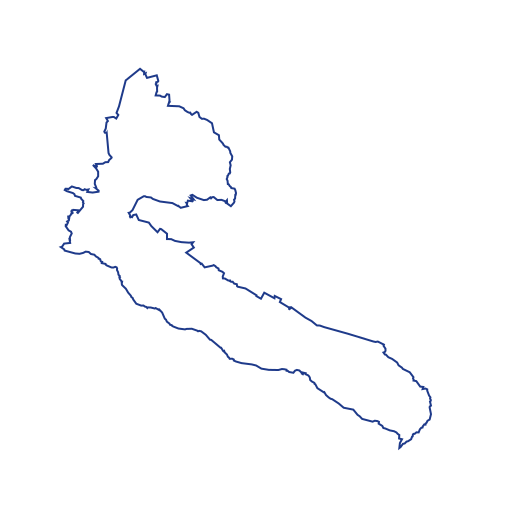 Tuxcueca, Jalisco, Mexico, rotated 190°
{"feature_id": "50627088B64189905632307", "entity_name": "Tuxcueca", "entity_type": "district", "adm_level": 2, "iso_a3": "MEX", "parent_name": "Mexico", "parent_adm1": "Jalisco", "projection": "mercator", "projection_center": [-103.23, 20.139], "detail": "fine", "context": "isolated", "style": "outline", "palette": "blue", "viewbox_px": 512, "rotation_deg": 190, "n_neighbors": 0, "source": "geoboundaries", "source_scale": "gbopen_adm2", "svg_char_len": 6100}
<svg xmlns="http://www.w3.org/2000/svg" viewBox="0 0 512 512"><g transform="rotate(190 256 256)"><path d="M402.7,420.2L414.8,406.3L416.9,379.6L418.2,372.7L416.1,371.0L417.5,367.1L420.1,368.2L421.2,368.1L427.5,365.8L425.3,363.2L426.4,361.5L426.1,355.4L427.0,352.2L426.3,351.2L424.5,351.3L424.4,350.5L424.3,350.9L419.1,331.8L417.9,330.1L415.3,328.1L415.4,327.4L417.3,325.0L417.9,322.8L420.7,322.2L422.8,320.3L429.6,318.8L428.2,316.8L428.5,316.0L432.4,317.3L428.6,314.4L426.1,311.6L425.3,307.1L426.6,304.0L427.7,302.8L427.3,299.0L425.2,295.7L424.9,294.8L425.4,294.8L422.3,293.0L422.2,292.0L427.9,290.1L433.3,289.8L432.6,292.4L434.4,291.7L436.4,292.0L437.2,290.9L438.7,290.7L442.4,292.1L444.8,291.8L449.4,292.5L452.5,289.2L454.5,289.6L454.5,290.0L454.7,289.2L455.3,289.1L455.8,287.8L453.5,287.0L447.3,286.2L445.6,285.4L444.7,283.8L438.7,283.1L438.1,282.0L435.6,280.1L435.8,278.9L434.9,277.9L435.3,277.1L434.9,274.5L438.9,267.5L439.5,267.8L438.4,270.2L443.9,269.7L444.0,269.3L445.1,269.1L445.6,268.1L443.5,266.0L445.1,266.5L445.5,264.5L446.5,262.7L447.8,262.3L447.3,260.5L446.5,260.7L446.5,258.4L448.0,257.2L447.0,256.2L447.9,253.3L448.7,253.5L448.6,252.3L445.0,248.7L442.4,247.8L441.4,246.2L442.6,242.1L442.0,239.8L442.5,239.9L441.3,236.6L447.1,234.9L448.6,231.5L449.7,230.9L446.0,229.2L445.4,228.1L434.4,227.1L430.2,227.5L426.8,229.0L424.5,230.7L421.4,230.9L418.9,229.3L415.4,229.2L413.6,227.8L410.8,226.8L410.5,226.0L408.9,225.8L408.2,224.2L407.4,223.5L406.5,223.5L406.6,222.2L402.8,222.1L402.5,221.4L401.4,220.8L396.3,219.6L394.4,219.9L392.7,220.9L391.3,220.6L390.6,219.6L390.5,218.1L389.0,216.1L388.2,213.7L386.7,212.6L386.9,211.7L386.4,211.4L386.7,211.0L386.1,209.6L384.4,208.2L384.0,207.3L383.4,207.4L383.4,205.3L382.8,204.1L378.5,201.2L375.5,197.7L372.4,195.2L371.6,193.9L370.2,193.3L369.4,191.9L365.6,188.2L360.4,187.2L358.2,187.7L356.7,186.9L355.2,186.8L354.0,185.9L353.6,186.6L350.7,187.0L346.5,186.7L345.8,187.3L342.4,186.1L342.6,186.6L342.2,186.7L338.6,184.0L334.9,178.4L333.6,177.7L332.4,175.9L329.5,174.4L328.6,173.3L327.0,173.3L326.3,172.5L324.3,172.0L319.8,171.1L313.1,171.4L311.9,172.1L306.6,173.2L301.0,172.3L300.0,171.8L299.0,172.4L296.9,172.3L291.8,169.7L286.8,165.6L285.5,165.6L275.0,159.5L274.4,159.6L271.8,156.7L271.2,156.4L270.8,156.9L270.0,155.6L267.5,153.9L266.2,151.9L265.0,151.3L264.1,150.2L261.5,150.7L259.9,150.2L259.7,149.2L257.4,148.6L251.6,148.0L241.4,148.5L236.9,148.2L231.1,146.0L223.6,146.1L214.2,147.6L210.8,149.2L208.3,149.4L206.2,149.3L206.0,148.3L204.6,148.3L203.2,147.5L198.9,147.5L197.7,149.8L196.0,150.9L193.4,150.8L191.6,149.5L190.3,149.4L190.5,148.2L189.3,147.7L188.8,149.3L186.7,149.2L186.7,148.2L184.1,147.6L182.8,146.7L181.9,145.6L181.1,143.3L179.2,142.1L176.5,141.2L176.1,140.2L175.3,140.0L172.6,136.5L165.5,133.5L165.1,133.8L162.9,131.2L159.8,129.3L157.8,128.4L156.0,128.2L148.9,125.1L143.3,121.8L133.5,121.6L128.4,117.2L126.1,116.2L123.2,114.0L112.4,113.1L110.4,114.4L107.7,114.5L106.1,114.0L106.1,112.2L102.1,110.6L100.7,108.7L98.8,108.6L94.0,107.5L89.6,107.4L87.0,106.6L85.7,105.5L83.8,104.6L83.4,101.1L80.4,100.9L81.8,96.8L81.5,91.8L80.4,93.0L78.7,96.5L77.0,97.2L75.5,99.4L74.2,99.9L71.4,102.5L71.0,105.0L70.4,105.5L70.5,107.4L70.0,108.2L68.9,108.4L67.4,110.2L65.2,110.5L64.5,113.8L63.4,115.5L62.2,116.0L62.2,117.1L61.0,119.4L59.8,119.4L59.8,120.6L59.1,121.3L58.5,123.5L56.6,125.1L56.2,130.6L58.7,137.0L58.7,138.0L57.7,139.0L59.4,142.9L58.8,143.7L58.8,144.5L59.8,145.7L59.7,147.1L61.3,148.6L64.0,153.1L64.2,154.4L66.1,154.9L68.8,153.9L68.5,156.1L71.6,155.9L76.4,160.6L79.2,160.7L79.1,161.3L80.1,162.7L79.9,164.0L84.4,168.2L91.8,170.3L92.9,171.4L96.6,173.1L98.5,175.6L104.1,178.3L108.1,179.3L110.9,181.4L112.0,181.4L113.7,183.1L112.5,183.8L112.0,185.1L112.4,187.2L114.8,189.7L114.6,190.9L121.2,192.9L123.3,192.1L125.7,192.2L152.0,195.4L176.5,197.8L181.1,198.6L184.0,198.2L190.0,201.6L196.6,203.9L211.9,211.4L214.5,208.9L213.6,211.4L214.9,211.1L224.5,214.8L223.8,217.9L230.6,219.9L230.5,217.6L241.5,221.3L243.7,214.8L248.7,216.6L248.7,217.4L260.7,222.2L268.7,222.6L269.4,223.0L270.0,224.9L272.7,225.0L274.5,226.6L276.0,226.3L277.2,226.7L277.3,227.3L279.0,227.0L282.7,228.4L284.7,228.2L285.2,230.1L284.5,233.5L286.3,234.6L290.2,235.5L290.8,237.2L293.2,238.0L294.1,238.9L296.1,239.7L297.0,239.0L304.6,235.9L308.2,239.1L309.1,238.5L309.8,239.5L325.3,247.2L318.7,253.5L321.5,256.4L320.3,258.6L324.3,257.5L331.8,256.7L338.4,256.8L342.5,257.9L346.6,257.2L347.5,262.5L354.0,266.0L355.2,266.1L357.1,262.3L364.3,267.3L367.3,270.3L377.7,271.1L381.2,276.1L384.0,275.0L384.8,272.7L385.8,272.9L386.5,272.3L387.0,272.9L386.8,273.9L388.8,276.4L387.9,276.7L385.6,279.7L382.3,290.8L377.0,295.3L375.7,295.6L374.2,295.1L369.6,295.4L367.5,294.3L360.1,293.0L347.5,293.6L341.4,291.6L341.2,291.9L338.5,290.4L331.9,293.3L333.0,294.2L332.9,295.2L333.7,296.1L333.0,296.1L332.7,298.7L328.1,298.8L327.9,299.2L330.6,301.5L327.3,301.0L330.8,304.3L329.3,305.2L324.3,303.1L317.1,302.0L314.0,302.9L311.2,305.8L310.3,305.0L309.4,306.3L307.9,306.7L303.8,304.4L299.7,305.3L296.0,304.6L295.4,303.7L294.3,305.8L293.7,303.4L294.0,302.9L289.4,300.7L286.9,304.8L286.7,306.1L287.4,307.6L286.6,308.9L287.0,312.7L286.6,312.8L286.6,314.5L287.8,317.2L288.8,318.6L292.1,318.6L292.9,319.8L293.9,320.2L295.4,321.9L296.2,321.9L297.1,325.2L298.2,326.7L297.8,328.7L298.1,329.7L297.6,330.2L297.1,332.4L296.2,332.7L295.9,333.8L296.9,337.2L296.7,340.9L298.0,343.8L296.4,346.7L296.7,350.0L299.2,353.1L299.6,354.6L302.0,358.0L302.8,357.8L303.7,358.5L305.1,358.3L307.4,359.9L308.1,361.0L312.4,364.3L313.5,368.5L318.9,370.5L322.4,379.1L327.8,381.5L331.1,382.2L333.1,381.7L335.8,383.1L337.7,387.0L339.5,387.7L343.5,383.9L344.5,384.4L345.7,385.8L346.5,385.5L348.4,385.9L351.4,387.2L353.0,388.9L357.6,390.1L368.8,388.6L368.5,391.2L367.8,392.6L368.3,392.7L368.2,394.2L369.6,399.8L371.8,399.9L373.4,396.7L376.5,396.6L378.4,397.3L382.7,396.7L382.4,400.1L381.9,400.7L382.7,404.6L382.6,406.7L383.5,406.4L384.6,407.9L384.1,408.7L384.5,409.7L382.9,410.6L382.6,411.4L385.1,416.7L394.3,412.5L396.6,415.9L396.5,416.7L397.8,415.8L398.1,418.0L398.4,417.8L402.7,420.2Z" fill="none" stroke="#1e3a8a" stroke-width="2"/></g></svg>